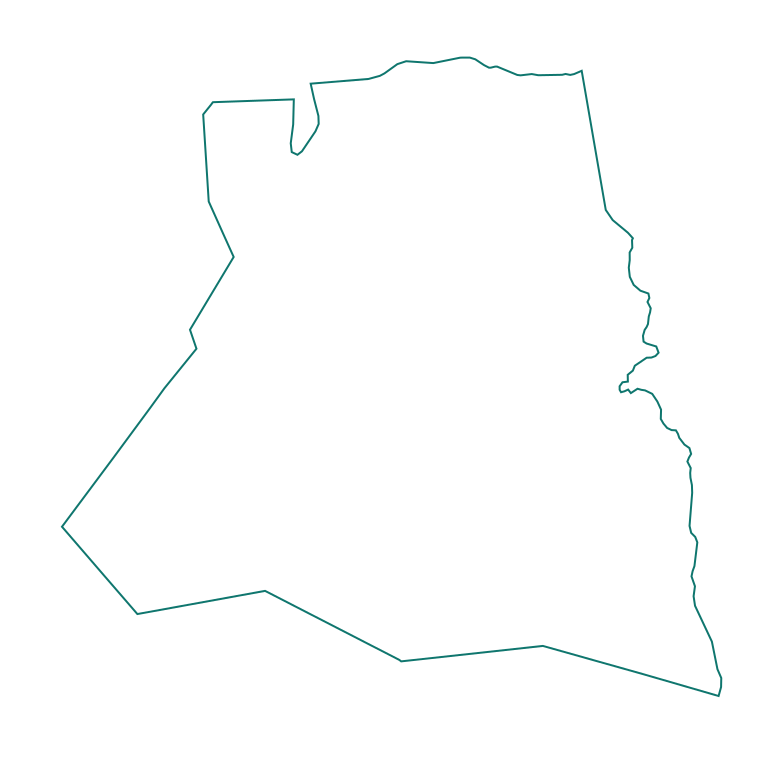 an SVG outline of Hodh el Gharbi, rotated 178°
{"feature_id": "MRT-2797", "entity_name": "Hodh el Gharbi", "entity_type": "Region", "adm_level": 1, "iso_a3": "MRT", "parent_name": "Mauritania", "parent_adm1": "", "projection": "natural_earth1", "projection_center": [-10.311, 16.544], "detail": "fine", "context": "isolated", "style": "outline", "palette": "teal", "viewbox_px": 768, "rotation_deg": 178, "n_neighbors": 0, "source": "natural_earth", "source_scale": "10m", "svg_char_len": 1776}
<svg xmlns="http://www.w3.org/2000/svg" viewBox="0 0 768 768"><g transform="rotate(178 384 384)"><path d="M545.1,671.6L541.5,671.6L512.8,671.6L504.7,671.6L464.2,671.6L465.7,646.6L468.8,627.8L468.1,619.0L462.5,616.1L457.9,619.4L443.7,638.9L440.2,646.2L440.2,654.2L444.0,671.5L446.8,686.7L388.8,689.4L377.4,692.1L372.7,694.4L359.5,703.2L350.6,705.8L323.5,703.0L296.3,707.5L286.8,707.2L281.4,705.3L272.9,699.2L268.1,696.5L266.3,696.4L262.0,697.3L260.0,697.3L240.0,688.2L236.7,687.7L225.5,688.6L219.0,687.2L195.2,686.8L191.7,687.5L187.1,686.4L183.2,687.1L175.5,690.1L156.3,550.2L149.7,539.8L134.9,526.6L130.2,521.0L131.1,519.2L131.1,511.5L133.9,506.9L134.1,499.2L135.3,491.7L134.6,482.5L131.0,474.3L124.5,468.3L116.6,465.2L115.8,460.7L117.8,456.8L114.8,450.4L115.6,446.3L117.0,442.3L118.1,434.7L119.6,431.7L121.6,429.0L123.5,423.1L123.1,417.3L120.2,415.3L110.6,412.0L108.5,405.7L111.7,402.5L115.8,401.1L120.6,401.1L132.7,393.5L134.8,388.7L140.1,384.7L140.2,377.9L145.6,377.4L148.6,373.5L148.7,370.0L147.4,367.5L144.0,368.3L140.2,369.9L137.6,366.3L130.8,370.4L127.0,369.2L123.3,368.5L116.3,364.8L111.4,356.9L108.0,348.7L108.6,339.4L106.1,334.7L102.6,330.2L98.2,327.9L93.9,327.5L92.0,324.0L90.8,319.9L85.9,313.0L81.0,309.3L79.5,303.4L81.8,299.8L83.5,295.9L80.4,289.3L81.1,284.4L81.0,279.6L79.8,272.2L79.8,264.5L83.6,231.5L82.2,224.5L78.3,220.3L76.4,214.8L80.1,191.2L82.1,186.2L83.4,181.0L80.3,171.0L82.0,161.1L80.9,151.5L65.3,115.1L60.7,87.3L57.2,78.4L57.7,69.4L60.5,60.5L134.9,84.9L234.4,116.7L376.5,106.2L378.3,107.7L510.1,181.4L638.5,162.7L670.8,202.8L710.8,252.6L657.6,319.0L618.5,368.3L603.6,387.4L570.2,425.8L576.0,445.0L529.8,516.2L539.7,540.3L552.8,572.5L555.3,659.7L546.9,669.4L545.6,671.1L545.1,671.6L545.1,671.6Z" fill="none" stroke="#0f766e" stroke-width="2"/></g></svg>